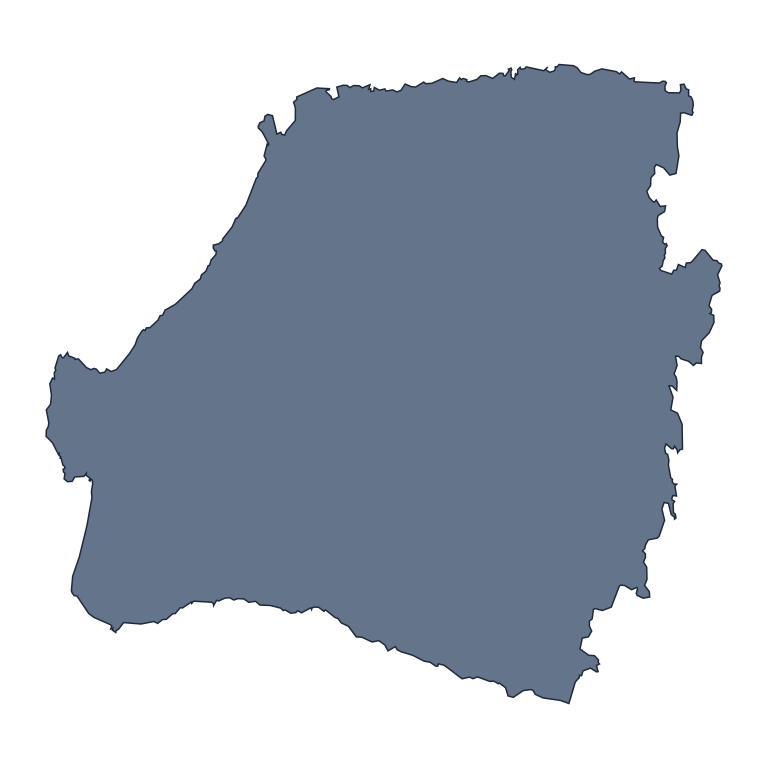 Bangkalan, Jawa Timur, Indonesia
{"feature_id": "22746128B23347682239441", "entity_name": "Bangkalan", "entity_type": "district", "adm_level": 2, "iso_a3": "IDN", "parent_name": "Indonesia", "parent_adm1": "Jawa Timur", "projection": "equal_earth", "projection_center": [112.943, -7.046], "detail": "fine", "context": "isolated", "style": "filled", "palette": "slate", "viewbox_px": 768, "rotation_deg": 0, "n_neighbors": 0, "source": "geoboundaries", "source_scale": "gbopen_adm2", "svg_char_len": 5960}
<svg xmlns="http://www.w3.org/2000/svg" viewBox="0 0 768 768"><path d="M688.7,89.8L686.2,88.9L684.0,84.2L680.4,84.6L680.9,90.4L679.5,92.9L668.2,92.7L665.2,90.7L664.9,86.5L666.4,82.8L665.2,81.4L662.5,81.2L659.6,83.0L635.9,81.9L634.0,81.3L634.4,77.8L629.4,79.0L621.6,71.9L619.5,74.0L616.3,71.6L601.9,68.9L594.7,71.2L590.2,74.4L587.0,74.6L580.9,72.5L577.4,67.9L573.6,65.7L559.1,64.5L557.0,66.9L555.3,66.8L555.3,69.4L554.1,70.9L549.8,72.3L546.3,70.1L545.9,68.9L547.9,67.0L543.8,70.7L526.2,66.9L524.6,68.7L521.0,69.3L520.1,67.3L517.7,69.8L517.7,74.5L516.2,75.2L515.7,73.0L514.5,79.4L511.3,77.2L510.8,71.6L511.8,69.9L511.1,68.1L508.3,69.2L509.2,70.4L505.4,75.9L503.8,75.8L503.0,73.4L499.5,73.2L492.7,78.4L485.8,75.6L480.7,75.8L476.9,79.5L468.6,82.0L466.4,81.1L466.8,79.6L463.2,78.5L461.1,79.6L459.6,77.9L456.6,82.5L448.3,81.1L442.8,78.5L431.8,83.3L425.9,83.7L423.7,82.1L415.7,87.0L411.3,86.7L405.1,84.0L400.9,90.4L396.9,91.9L392.7,89.9L386.1,91.1L384.9,88.9L379.3,90.2L374.4,87.4L373.6,91.1L370.7,91.5L370.7,88.8L368.7,89.4L370.0,84.7L362.3,87.9L359.3,85.8L353.8,85.5L349.8,87.6L347.3,85.5L343.3,85.2L336.8,87.1L338.9,96.8L333.6,99.5L331.7,98.8L331.0,96.5L326.0,91.7L326.2,90.4L329.4,89.7L329.4,88.7L316.8,88.0L296.7,97.0L296.9,99.3L293.6,102.2L295.4,108.0L295.3,120.5L286.5,130.9L284.7,135.1L281.7,134.3L280.8,132.2L276.9,134.1L272.5,115.7L267.8,114.4L265.0,116.2L264.0,120.9L259.9,122.7L258.2,126.3L258.4,128.2L262.1,131.6L268.8,144.2L267.9,145.4L267.1,144.3L264.1,155.9L265.9,159.2L265.6,160.9L258.0,173.2L257.7,177.0L256.3,178.3L245.9,205.2L237.8,217.6L235.8,218.5L232.2,226.8L222.6,239.1L222.6,240.8L218.8,243.8L213.3,245.1L213.3,248.0L214.9,251.0L216.4,251.1L215.8,254.8L211.2,259.8L209.5,265.3L208.2,265.6L205.9,271.2L201.4,275.0L200.2,279.1L194.7,283.3L192.0,288.7L175.2,304.4L165.1,310.1L162.6,315.3L160.1,315.7L158.0,320.1L149.9,327.7L146.4,327.9L145.0,330.5L143.5,329.7L141.8,331.2L137.5,338.0L135.0,345.1L129.3,353.8L116.5,369.6L111.0,371.5L106.6,368.9L104.9,372.1L99.7,373.2L96.5,369.2L94.0,368.4L90.9,369.7L86.6,367.7L78.4,358.9L75.0,359.4L74.9,358.3L68.6,355.8L67.5,352.4L63.6,357.7L62.2,357.6L60.6,354.8L58.7,356.0L55.0,368.0L55.8,370.3L54.3,372.6L54.5,379.1L52.5,378.1L49.8,383.8L51.5,395.4L50.5,404.5L46.3,409.9L48.8,422.7L48.3,426.5L46.3,430.3L46.1,436.3L52.2,442.4L58.3,454.1L59.3,453.4L59.1,455.5L60.9,456.9L60.1,458.1L61.2,458.5L62.8,464.8L64.8,466.8L64.7,468.5L63.1,469.2L63.5,472.1L65.0,473.2L64.1,478.9L67.6,481.7L72.1,481.4L74.8,476.9L83.9,476.4L86.3,473.4L86.1,475.3L89.9,478.2L89.1,480.2L90.0,481.1L91.0,479.3L92.2,479.9L92.7,483.8L91.4,491.8L92.0,497.3L86.9,525.8L79.3,557.0L72.7,576.1L71.4,590.8L72.2,593.0L74.1,595.6L77.0,596.0L88.8,613.6L93.9,617.4L110.3,624.6L111.8,625.9L110.7,629.0L112.9,628.2L112.3,630.1L115.8,632.5L116.1,630.6L118.5,629.3L123.6,622.6L141.0,624.0L153.9,621.5L157.7,623.4L162.5,619.6L166.4,619.3L172.8,613.6L175.2,613.6L180.1,607.8L182.6,607.9L191.3,602.0L191.7,603.4L193.6,601.2L211.3,602.2L213.4,603.3L213.6,605.6L216.5,600.4L218.8,600.9L225.0,598.1L229.7,597.7L233.8,600.0L238.1,598.6L244.0,599.0L248.7,602.3L255.6,601.3L259.8,605.0L270.4,605.5L280.6,608.1L283.1,610.5L285.3,610.0L290.7,613.2L295.8,612.6L297.8,610.8L301.5,612.8L310.0,608.3L311.1,608.0L311.6,609.4L312.0,607.9L314.7,607.0L318.8,607.4L324.0,611.4L325.2,609.9L326.7,610.8L335.0,617.5L338.0,618.5L341.2,622.8L348.5,626.4L356.3,636.9L361.8,637.2L372.2,642.0L378.7,640.6L384.9,645.0L388.0,650.9L395.4,646.6L397.1,649.7L401.2,651.8L412.7,655.3L424.2,661.2L430.1,662.2L435.7,666.1L437.8,666.2L438.3,663.8L444.3,665.3L462.1,678.8L469.6,677.1L473.0,678.7L477.4,676.9L489.8,681.4L493.7,681.1L498.4,683.7L499.1,683.0L505.5,687.6L508.1,696.0L513.4,697.3L523.2,690.6L531.0,689.5L533.1,690.5L535.3,694.3L542.9,697.9L560.3,700.4L568.9,703.5L575.3,682.0L579.2,677.6L579.4,675.3L581.6,675.7L583.0,670.9L590.4,668.1L596.6,671.9L598.1,671.6L596.4,665.5L599.5,664.0L598.2,662.4L598.5,660.0L594.5,655.7L588.6,655.2L580.0,649.0L582.3,638.1L588.4,636.9L591.7,631.0L589.4,626.2L589.4,621.2L592.2,618.8L593.4,609.4L595.2,608.6L602.3,610.5L611.3,607.1L619.3,586.0L621.0,585.1L624.6,585.5L631.6,589.7L636.8,587.4L637.5,588.5L636.3,593.3L637.1,595.4L643.3,598.2L649.7,597.0L649.3,591.6L644.6,585.5L647.0,579.4L646.7,567.2L643.5,562.1L645.4,557.6L645.4,553.8L642.6,550.8L644.9,548.4L645.4,545.1L648.3,539.8L657.2,538.1L659.2,536.1L664.6,520.2L661.9,509.1L664.1,502.5L668.4,503.4L671.2,514.5L674.5,517.2L674.5,519.1L675.9,518.2L675.4,514.2L673.5,512.9L673.1,503.7L674.6,501.3L672.1,500.0L671.8,498.4L672.9,495.5L676.5,496.0L674.9,486.1L676.7,484.2L673.9,484.0L672.2,481.8L672.5,479.3L670.8,478.0L668.4,465.1L668.9,460.0L667.6,454.3L665.6,453.3L664.6,448.2L666.0,443.9L671.6,448.7L673.4,448.8L674.5,446.2L677.1,449.8L677.7,452.8L679.7,449.9L682.5,449.0L682.1,424.3L677.5,413.2L670.8,409.9L673.0,397.1L669.0,385.8L672.2,386.1L676.7,390.4L677.0,381.8L676.2,377.3L674.1,374.1L677.1,365.5L675.5,356.2L678.7,356.3L681.0,358.8L688.6,361.3L693.5,365.5L696.4,362.9L701.5,363.5L701.4,357.4L703.1,352.4L700.5,347.6L701.6,340.7L709.3,332.7L714.0,322.4L713.7,315.3L709.9,313.6L711.4,312.5L711.6,309.3L709.0,305.6L712.0,295.4L719.7,291.1L720.0,288.1L719.0,286.3L720.0,282.8L717.6,274.8L721.9,265.8L721.4,264.0L718.6,263.0L717.0,260.7L713.0,260.1L705.1,250.4L702.0,249.6L692.4,261.1L690.5,262.7L686.3,263.0L685.2,267.5L678.4,264.5L676.4,270.2L673.8,270.2L671.7,274.1L660.9,270.5L659.4,268.4L662.2,266.1L663.2,260.6L664.9,257.9L664.3,255.2L665.4,253.4L665.3,248.4L667.2,245.7L666.2,243.6L664.7,244.3L662.6,241.9L663.6,237.3L661.4,236.0L657.6,227.3L657.3,218.6L658.2,215.5L664.6,211.5L665.6,205.9L660.1,206.4L656.2,200.0L654.4,202.2L652.7,201.3L649.4,197.8L646.8,191.3L650.6,185.7L650.9,177.6L654.7,173.6L654.4,167.6L656.2,164.5L663.7,167.9L669.8,175.1L676.0,173.5L678.9,155.8L677.4,146.7L677.0,132.9L680.2,121.9L680.6,113.2L684.0,112.7L691.8,115.3L693.1,112.5L692.2,110.7L693.3,105.0L692.8,100.8L691.1,96.9L688.6,95.8L688.7,89.8Z" fill="#64748b" stroke="#1e293b" stroke-width="1.5"/></svg>